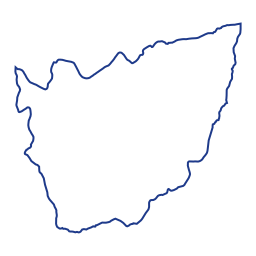 outline of Mushie, Bandundu, Democratic Republic of the Congo
{"feature_id": "63176286B59505490488503", "entity_name": "Mushie", "entity_type": "district", "adm_level": 2, "iso_a3": "COD", "parent_name": "Democratic Republic of the Congo", "parent_adm1": "Bandundu", "projection": "equal_earth", "projection_center": [17.182, -2.524], "detail": "fine", "context": "isolated", "style": "outline", "palette": "blue", "viewbox_px": 256, "rotation_deg": 0, "n_neighbors": 0, "source": "geoboundaries", "source_scale": "gbopen_adm2", "svg_char_len": 5240}
<svg xmlns="http://www.w3.org/2000/svg" viewBox="0 0 256 256"><path d="M57.2,226.9L57.3,227.0L59.5,228.5L60.9,228.6L62.4,228.0L63.2,228.8L65.0,228.7L67.4,229.5L67.9,229.7L69.2,231.3L70.1,231.5L72.8,231.6L75.3,232.3L77.0,231.9L78.6,232.4L79.6,232.2L80.6,231.6L82.2,229.5L83.1,229.3L83.9,229.1L86.4,229.5L87.9,228.6L91.2,227.4L93.2,226.3L94.1,226.6L94.8,226.5L95.3,226.5L95.6,225.5L96.1,225.2L96.6,225.3L98.1,224.6L101.5,222.9L102.2,222.6L105.9,222.7L108.8,222.1L110.1,221.6L111.0,220.8L114.0,219.2L114.4,219.1L115.4,218.7L120.5,220.9L123.3,222.9L126.3,226.0L127.2,226.3L128.7,225.7L130.0,224.6L131.3,224.1L131.6,224.0L132.8,223.9L133.3,223.3L136.8,223.8L140.9,220.4L142.2,218.8L145.7,213.1L146.3,212.3L148.4,209.5L148.6,208.9L149.1,207.0L149.1,202.8L149.3,202.0L150.2,200.5L151.0,200.1L153.3,200.0L155.0,199.2L156.0,198.3L157.8,196.0L157.9,195.9L158.3,195.7L159.2,195.2L161.4,194.8L161.6,194.8L162.6,195.0L164.7,194.0L166.6,193.2L167.2,192.3L167.8,189.7L168.3,189.1L168.7,189.0L170.7,190.6L171.7,190.7L173.8,190.1L176.8,188.6L178.2,187.2L183.2,185.9L184.4,184.9L185.2,183.5L187.5,179.9L188.4,178.5L189.0,177.3L189.6,175.7L189.9,174.8L190.0,174.1L189.9,173.2L189.4,171.3L188.9,169.8L188.5,168.2L188.1,166.8L187.8,165.3L187.9,164.4L187.9,163.6L187.9,162.8L188.2,162.1L188.7,161.6L189.4,161.4L192.5,161.5L193.8,161.5L195.1,161.4L196.9,161.5L198.4,161.5L199.8,161.1L201.3,160.2L202.2,159.4L203.0,158.2L203.8,157.0L205.1,155.5L206.0,154.3L206.6,153.4L207.0,152.7L207.5,150.7L207.9,147.4L208.7,140.4L212.6,127.5L212.6,125.9L212.8,124.4L213.8,124.0L214.3,123.8L215.1,122.3L215.7,122.0L216.0,121.5L216.4,120.7L217.1,120.2L217.4,120.2L218.5,120.1L218.7,119.8L218.8,119.0L218.8,118.7L219.2,118.1L219.2,117.5L219.3,116.9L219.5,116.0L219.3,113.9L219.2,113.3L219.3,112.2L220.6,110.5L221.2,108.3L222.1,107.1L223.1,106.1L224.1,105.7L225.6,103.5L226.4,103.2L227.0,103.0L226.2,100.0L226.4,98.7L226.6,95.6L226.7,89.9L227.2,88.6L229.1,86.0L230.2,81.8L232.0,78.8L232.1,76.8L231.9,74.0L232.4,72.8L232.7,71.1L232.6,70.4L231.9,69.5L231.9,68.6L232.5,68.2L232.9,67.8L233.7,65.6L235.2,64.3L235.6,62.7L234.8,58.7L235.1,56.1L233.7,52.2L233.5,48.2L233.8,47.5L234.6,45.7L236.2,43.3L237.0,41.4L237.3,38.6L238.0,36.8L240.0,33.9L240.3,32.8L240.6,29.2L240.6,23.6L236.7,24.3L234.9,24.7L232.5,24.8L230.7,24.9L228.8,25.2L227.1,25.1L225.5,25.8L223.2,26.3L222.0,26.9L221.4,27.4L221.1,28.0L219.9,28.4L219.4,28.6L217.9,28.4L217.0,28.8L215.2,31.8L213.7,32.2L212.9,33.3L211.2,33.1L209.4,33.2L208.2,33.2L206.8,33.7L205.1,34.4L202.9,35.5L200.1,36.8L198.6,37.6L197.2,38.0L195.8,38.2L192.0,38.4L189.1,38.7L186.1,39.2L184.4,39.1L182.4,39.2L178.4,39.8L176.4,40.4L174.5,41.6L173.4,42.1L172.2,42.7L170.8,42.7L169.2,42.9L168.5,42.9L167.8,43.7L167.7,43.9L165.9,43.6L164.9,42.4L162.0,41.2L159.9,41.5L158.3,41.5L157.1,42.0L155.7,43.0L154.6,44.2L153.8,45.3L153.2,46.2L152.7,46.8L152.3,47.0L151.8,47.0L151.3,46.4L150.8,46.0L150.2,45.7L148.9,46.1L146.7,47.4L145.3,48.3L144.2,49.0L143.3,49.9L143.0,50.5L142.9,51.5L143.2,52.5L143.2,53.6L142.9,54.3L142.5,54.8L141.7,54.8L140.8,55.0L140.1,55.3L139.4,56.5L138.8,57.7L138.0,59.0L137.0,60.1L136.0,61.1L135.0,61.8L133.8,62.5L132.8,63.1L131.9,63.1L130.9,62.3L130.1,61.5L129.1,60.7L127.7,60.0L126.9,59.4L125.6,57.5L124.7,56.1L123.9,54.9L123.0,54.1L122.2,53.3L121.3,52.7L120.5,52.5L119.6,52.5L118.4,53.1L117.5,54.2L116.7,55.3L115.8,56.5L115.0,57.5L114.3,58.7L112.6,60.9L111.5,62.1L110.5,63.4L109.4,64.6L108.5,65.5L107.4,65.9L105.7,66.6L104.6,67.2L102.8,68.6L101.5,69.5L99.7,70.7L97.9,72.0L96.5,72.9L95.4,73.8L94.0,74.6L92.7,75.7L91.2,76.6L90.2,77.4L89.2,77.9L88.1,78.2L87.1,78.3L86.0,78.3L84.9,78.1L83.5,77.6L82.4,77.1L80.9,75.6L79.5,73.7L78.3,71.1L77.1,68.8L76.2,67.0L74.8,64.4L74.1,63.2L73.3,62.6L71.2,61.8L68.4,61.3L65.8,60.8L63.8,60.2L62.2,59.8L60.9,59.7L59.8,59.7L58.7,59.7L57.8,60.2L57.1,61.1L56.6,62.1L56.0,62.6L55.1,62.5L53.9,62.3L53.5,62.9L52.4,65.5L51.7,67.2L51.2,69.1L51.1,70.5L51.2,72.0L52.0,73.6L52.3,74.8L52.2,76.8L52.0,78.5L51.1,79.9L50.0,81.4L49.0,82.6L48.1,83.6L47.8,85.1L47.8,86.1L47.4,87.8L46.6,88.9L45.3,89.4L43.8,88.9L42.0,88.0L40.2,87.1L38.4,86.1L37.1,85.3L35.8,84.6L34.3,84.1L33.0,83.5L31.4,82.8L30.4,82.4L29.4,81.5L28.0,79.7L26.6,77.6L25.4,75.2L24.2,73.3L23.4,71.8L22.2,70.4L21.1,69.8L19.5,69.2L17.6,69.1L15.6,67.3L15.4,71.5L15.7,73.3L16.6,75.0L17.0,76.3L16.6,79.6L17.0,83.4L17.6,85.0L19.2,87.0L20.1,89.4L19.8,91.1L19.0,92.6L17.5,96.8L17.3,97.3L17.1,100.4L16.4,104.5L16.5,105.7L18.2,110.0L18.3,110.8L18.8,111.9L19.5,112.1L20.4,111.8L21.7,111.3L23.3,110.2L24.5,109.4L25.6,108.8L26.3,108.2L27.4,107.4L28.5,107.4L29.3,107.7L30.1,108.8L30.4,110.2L30.6,111.9L30.8,114.3L30.5,116.2L29.9,117.8L29.4,119.2L28.8,120.4L28.6,121.9L28.4,123.7L28.3,125.2L28.6,127.2L29.3,129.6L30.3,131.2L31.6,133.7L32.6,135.2L33.4,136.7L33.5,137.9L33.4,139.1L33.1,140.9L30.9,144.6L31.1,145.9L30.9,146.7L29.9,147.8L28.4,148.4L27.2,149.6L26.5,149.7L26.1,150.3L25.4,151.4L24.9,152.4L24.8,153.5L25.1,154.1L27.4,155.1L29.4,157.8L31.4,161.1L35.7,164.4L37.5,165.0L39.1,166.6L39.3,170.6L39.5,171.8L40.0,172.5L41.5,173.9L43.8,178.3L45.0,184.6L47.3,192.2L47.5,194.0L47.7,195.9L48.9,198.5L49.9,199.9L53.9,204.5L54.6,206.7L56.1,209.5L56.4,210.7L56.3,211.8L56.8,215.1L56.7,216.6L56.2,218.2L56.1,223.8L56.5,225.4L57.2,226.9Z" fill="none" stroke="#1e3a8a" stroke-width="2"/></svg>